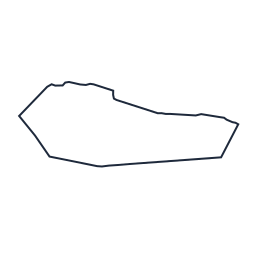 outline of Espírito Santo, Rio Grande do Norte, Brazil, rotated 95°
{"feature_id": "56859067B91572122675295", "entity_name": "Espírito Santo", "entity_type": "district", "adm_level": 2, "iso_a3": "BRA", "parent_name": "Brazil", "parent_adm1": "Rio Grande do Norte", "projection": "albers", "projection_center": [-35.319, -6.298], "detail": "fine", "context": "isolated", "style": "outline", "palette": "slate", "viewbox_px": 256, "rotation_deg": 95, "n_neighbors": 0, "source": "geoboundaries", "source_scale": "gbopen_adm2", "svg_char_len": 581}
<svg xmlns="http://www.w3.org/2000/svg" viewBox="0 0 256 256"><g transform="rotate(95 128 128)"><path d="M149.1,32.7L114.7,18.5L113.4,21.4L113.1,24.4L111.1,30.5L109.4,33.2L109.2,36.8L107.8,56.3L109.6,61.6L110.3,87.5L110.7,91.6L110.3,95.9L110.7,99.6L101.1,141.8L99.9,144.6L96.3,145.7L92.1,146.0L87.5,166.1L87.3,169.6L88.8,173.7L88.8,179.5L87.9,186.1L87.3,190.8L88.2,194.5L91.3,196.8L92.1,204.2L91.1,207.9L94.0,212.1L125.5,237.5L143.7,219.9L163.3,203.7L168.7,155.4L168.6,150.6L167.1,143.6L165.8,135.2L163.7,123.1L149.1,32.7Z" fill="none" stroke="#1e293b" stroke-width="2"/></g></svg>